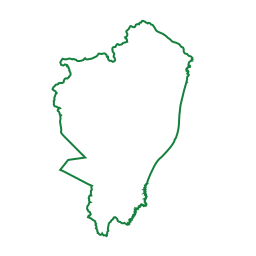 Islay, Arequipa, Peru (orthographic projection), rotated 263°
{"feature_id": "86281439B92685441035465", "entity_name": "Islay", "entity_type": "district", "adm_level": 2, "iso_a3": "PER", "parent_name": "Peru", "parent_adm1": "Arequipa", "projection": "orthographic", "projection_center": [-71.814, -16.98], "detail": "fine", "context": "isolated", "style": "outline", "palette": "green", "viewbox_px": 256, "rotation_deg": 263, "n_neighbors": 0, "source": "geoboundaries", "source_scale": "gbopen_adm2", "svg_char_len": 5722}
<svg xmlns="http://www.w3.org/2000/svg" viewBox="0 0 256 256"><g transform="rotate(263 128 128)"><path d="M44.3,77.4L44.0,77.9L44.0,78.7L43.3,79.3L42.6,80.4L41.7,81.2L39.4,84.1L38.0,84.0L36.7,84.7L36.0,84.0L35.4,84.0L34.7,84.5L33.3,84.7L33.0,84.6L32.6,83.9L32.3,83.9L31.7,84.5L30.4,85.1L29.4,84.9L28.4,85.3L27.5,85.1L27.3,85.7L26.7,86.0L25.4,87.2L25.4,88.4L25.8,89.1L26.4,89.5L25.5,89.9L24.4,90.8L24.3,92.4L23.4,93.5L23.9,94.0L25.1,94.1L25.7,94.5L27.3,94.7L28.4,96.0L30.2,95.7L35.2,97.2L36.5,98.2L37.1,99.5L38.4,100.2L39.1,101.8L40.1,102.3L40.5,103.0L41.0,103.2L41.0,104.5L40.8,104.8L38.9,106.3L37.0,106.5L36.3,107.2L35.7,108.8L34.2,110.4L34.0,111.7L34.3,112.9L32.4,114.9L32.5,115.2L32.0,116.0L32.1,116.4L32.6,116.4L32.3,116.6L32.4,117.5L32.9,117.6L32.8,116.8L33.2,116.8L33.4,117.4L34.0,117.6L34.3,118.3L35.0,118.7L35.7,118.5L35.9,118.1L36.8,118.1L37.3,118.8L37.1,119.3L37.2,119.7L36.6,119.8L37.1,120.0L36.8,120.5L37.4,120.5L37.4,121.2L37.6,121.4L39.3,121.5L39.6,122.1L39.3,122.5L39.6,122.6L40.0,122.3L41.1,122.5L41.2,122.8L40.5,123.8L40.9,124.0L41.2,123.9L41.2,124.2L41.6,124.7L42.3,124.8L42.5,124.3L42.9,124.5L43.5,124.3L43.3,125.4L44.2,126.0L44.0,125.7L44.5,125.6L44.4,125.2L45.3,124.9L45.8,125.5L46.2,125.2L46.2,125.6L47.2,125.6L46.4,126.7L46.2,126.7L46.3,127.2L46.7,127.2L46.5,127.6L46.9,127.7L46.8,128.1L47.1,128.1L47.1,128.3L48.0,128.7L48.0,129.1L48.0,129.5L48.3,129.7L48.3,130.3L48.8,130.4L49.2,130.0L49.4,131.0L49.7,130.9L50.7,131.9L50.7,132.1L49.6,132.9L49.6,133.3L49.4,133.5L49.7,133.7L49.4,134.1L48.7,134.2L48.8,134.5L48.7,135.0L48.9,135.3L48.6,136.0L48.8,136.5L49.3,136.7L49.3,136.2L49.7,136.2L50.6,136.7L50.9,136.2L51.6,136.4L52.0,135.9L52.5,135.9L52.6,135.6L53.3,135.7L53.6,135.6L53.9,135.8L54.3,135.8L54.6,136.4L55.4,136.8L55.7,136.8L55.8,136.4L56.0,137.0L56.4,136.9L57.0,137.8L57.6,138.1L57.8,137.8L57.7,137.5L58.4,137.4L58.4,137.7L59.1,137.9L60.1,137.7L60.3,137.5L60.0,136.7L60.4,136.8L60.6,137.4L61.2,137.0L61.9,137.4L62.0,137.1L61.9,136.6L62.5,137.3L63.0,137.6L63.3,137.4L63.1,137.0L63.4,136.6L63.8,137.1L64.0,136.8L64.6,137.1L64.9,136.5L65.0,136.9L65.1,136.7L65.4,136.9L65.4,137.5L65.9,137.3L66.1,136.9L66.5,136.9L66.4,137.7L66.6,138.1L67.1,137.9L67.5,138.3L68.4,137.8L68.8,138.1L69.0,138.0L69.2,138.9L69.7,139.0L69.8,139.4L70.3,139.4L70.6,140.5L71.2,140.3L73.6,141.3L79.5,144.6L86.3,149.0L89.6,151.4L91.9,153.5L93.8,155.7L95.1,157.8L100.0,163.7L104.1,168.1L106.4,170.2L108.9,172.2L109.6,172.4L110.7,173.1L111.2,173.1L112.2,174.3L116.9,176.5L121.6,178.1L125.1,178.9L135.8,180.8L137.5,181.4L139.0,181.6L144.5,183.0L157.9,188.0L165.3,191.1L166.1,192.0L166.6,191.6L168.5,192.4L171.7,193.1L172.3,194.1L173.2,194.8L173.5,194.5L174.0,194.5L174.7,193.5L175.9,194.4L176.5,194.0L176.6,194.4L176.9,194.1L177.5,194.2L177.9,193.1L178.2,193.2L178.3,193.6L178.7,193.0L179.1,193.0L180.0,193.5L180.2,194.1L180.7,194.6L181.2,197.1L181.7,197.1L181.6,196.8L182.0,196.6L182.2,195.7L182.9,196.1L183.2,195.7L184.1,195.9L185.6,196.5L186.2,197.1L186.9,198.6L187.0,199.5L187.2,199.3L188.3,199.5L188.5,200.4L189.3,200.2L189.7,200.4L191.3,199.2L192.4,196.9L194.2,195.7L194.7,194.2L195.5,193.2L197.3,192.6L199.3,192.9L201.1,192.5L202.1,190.7L205.0,189.0L206.9,185.9L207.9,183.3L208.4,182.6L209.4,181.6L210.9,180.6L212.5,178.7L214.7,176.9L217.1,174.2L219.6,169.9L220.5,168.7L221.4,167.8L224.8,166.4L227.0,165.2L227.4,164.8L228.0,163.4L229.4,162.5L229.9,161.2L229.4,160.3L230.2,159.5L230.4,158.7L231.5,157.8L232.5,156.0L232.6,155.1L231.1,153.9L231.2,153.1L230.9,152.2L229.6,151.7L230.0,150.0L229.5,148.3L227.8,147.5L227.5,147.2L227.3,146.2L227.6,145.3L228.8,143.3L228.8,142.7L226.1,140.7L224.4,138.2L223.7,138.0L221.4,138.8L220.1,138.6L218.6,137.5L218.4,137.1L218.4,136.2L217.2,136.5L216.7,137.3L215.6,137.7L213.7,137.7L213.7,137.0L213.3,136.3L213.4,135.7L212.9,133.4L212.4,132.6L211.9,132.3L211.6,131.1L211.7,130.4L211.5,129.4L212.1,128.5L212.5,128.2L212.6,127.6L211.7,126.5L210.0,125.4L209.9,124.8L210.1,123.4L209.5,122.5L208.2,122.0L207.2,122.3L206.5,122.0L205.7,122.1L204.0,123.2L203.0,123.4L201.6,122.7L200.4,122.4L199.1,123.3L197.1,123.5L196.3,123.0L195.7,121.8L195.5,121.0L196.2,120.1L196.8,119.6L196.9,117.9L198.2,116.9L199.6,116.7L201.1,116.8L201.0,116.1L201.2,115.7L202.6,115.7L203.4,115.4L204.7,114.2L205.0,113.4L204.7,110.6L205.4,108.2L205.0,107.5L203.6,106.4L203.0,105.5L201.3,100.7L201.0,95.7L201.4,94.7L202.5,93.9L201.7,92.6L200.9,92.1L200.4,89.1L200.5,86.4L201.1,85.5L202.2,84.6L202.3,83.7L202.9,83.0L203.2,81.9L202.9,81.2L203.1,80.6L204.0,78.9L204.1,77.3L203.7,76.0L203.7,75.1L203.9,74.7L203.8,73.8L204.7,71.4L201.5,68.8L198.9,69.3L198.6,69.6L197.9,71.6L198.8,73.0L197.9,75.3L197.6,75.5L197.3,75.1L196.5,75.0L195.6,76.4L194.5,76.4L193.4,76.9L192.3,76.9L192.1,76.7L189.4,77.7L187.7,77.4L187.1,77.0L186.3,75.8L185.5,75.5L185.0,74.4L184.5,74.0L184.9,72.3L184.4,71.2L182.9,70.1L181.4,69.8L181.1,69.4L180.7,67.8L181.1,65.6L180.8,64.5L180.0,64.0L179.7,61.4L178.6,60.5L177.6,59.0L175.7,57.8L175.4,57.9L173.1,60.5L171.4,61.5L171.1,61.4L170.9,60.6L166.6,58.4L165.4,58.6L164.4,58.2L164.2,57.8L163.7,57.5L162.8,57.7L160.5,57.2L159.1,57.5L158.5,57.9L157.9,59.6L156.6,61.3L156.3,62.6L155.9,62.9L155.7,61.6L154.5,60.5L153.9,60.3L153.4,60.5L152.9,61.2L151.6,61.8L150.3,61.8L148.9,62.4L149.3,62.6L149.0,62.9L148.8,62.6L148.6,62.9L148.2,62.4L146.9,62.1L145.6,62.2L142.6,61.3L134.6,61.6L131.9,61.0L131.5,61.1L130.0,61.8L127.6,63.5L103.9,81.9L103.6,64.7L94.7,55.6L92.9,58.7L77.0,81.8L75.0,85.2L74.4,84.6L73.8,84.4L71.2,84.6L70.0,83.5L69.3,83.4L66.9,83.1L65.5,83.4L65.5,81.6L63.3,80.4L62.1,80.9L61.3,80.5L59.9,80.7L58.9,81.6L58.8,80.9L58.2,80.2L56.5,79.5L55.5,78.2L52.9,77.6L52.2,77.6L51.8,78.1L50.1,78.5L49.4,79.7L47.2,80.5L46.7,80.4L46.0,79.7L45.9,78.6L45.7,78.2L44.3,77.4Z" fill="none" stroke="#15803d" stroke-width="2"/></g></svg>